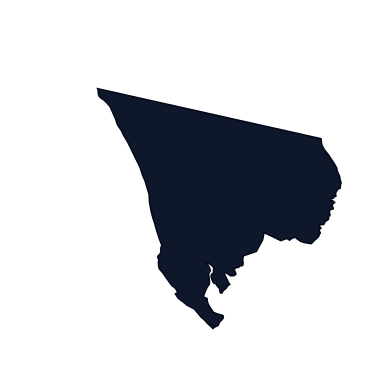 Ngerdelolk, Palau, rotated 119°
{"feature_id": "81905179B51546394317477", "entity_name": "Ngerdelolk", "entity_type": "district", "adm_level": 2, "iso_a3": "PLW", "parent_name": "Palau", "parent_adm1": "", "projection": "equal_earth", "projection_center": [134.259, 7.007], "detail": "fine", "context": "isolated", "style": "filled", "palette": "ink", "viewbox_px": 384, "rotation_deg": 119, "n_neighbors": 0, "source": "geoboundaries", "source_scale": "gbopen_adm2", "svg_char_len": 2587}
<svg xmlns="http://www.w3.org/2000/svg" viewBox="0 0 384 384"><g transform="rotate(119 192 192)"><path d="M147.4,324.7L148.0,323.9L151.9,321.2L153.2,319.8L154.0,317.1L154.3,313.4L155.3,309.9L157.1,304.9L164.6,295.1L165.5,293.9L169.0,290.2L169.9,288.8L172.4,283.7L175.3,279.7L176.3,278.0L179.4,272.7L181.0,270.3L195.5,249.6L201.7,242.9L205.0,238.5L211.0,232.4L214.8,228.5L217.6,226.7L221.9,224.0L228.9,218.2L233.5,213.8L237.6,209.4L242.7,204.4L249.2,197.4L253.3,192.5L255.9,192.2L259.1,190.4L261.8,189.9L264.3,190.7L265.9,190.3L266.5,189.1L268.2,187.8L269.9,187.3L271.0,186.5L272.8,185.4L273.9,184.4L275.1,183.2L276.0,180.8L277.3,177.3L279.5,173.1L282.0,167.8L283.7,163.9L284.0,160.9L285.2,158.0L286.8,155.7L289.1,157.2L290.5,154.7L291.5,152.6L292.1,149.7L292.5,146.2L293.4,141.3L293.2,136.1L293.2,133.1L295.1,128.3L297.0,123.4L297.9,119.2L299.4,114.8L300.5,110.2L301.2,107.4L299.5,106.9L296.2,104.5L291.9,104.7L289.9,104.0L287.8,103.6L286.5,103.8L285.0,105.0L286.4,111.5L286.7,113.5L286.7,115.2L284.7,119.3L283.0,122.3L281.9,123.8L280.3,125.5L277.8,127.2L278.3,130.6L276.8,131.6L271.9,132.3L267.8,132.6L264.2,132.1L261.5,133.5L256.0,137.4L254.7,137.9L252.1,137.7L249.7,139.9L247.2,144.5L246.4,142.7L246.5,141.1L246.9,138.1L247.8,136.2L250.1,135.3L252.3,134.0L254.5,135.0L256.8,134.3L259.3,131.7L261.0,129.2L260.9,126.0L261.8,124.8L263.0,121.4L266.5,118.4L265.9,116.8L262.7,116.8L261.3,116.0L259.6,115.5L257.1,115.3L254.5,114.2L253.5,116.1L251.5,118.9L248.5,123.3L246.8,124.2L246.1,122.8L246.6,117.9L246.0,116.6L244.8,114.7L242.5,113.7L239.0,117.8L237.1,116.9L235.3,114.7L233.2,114.3L232.5,112.6L231.0,112.1L228.7,113.2L227.7,114.2L227.7,114.3L223.0,116.2L212.8,106.9L199.6,107.0L192.6,109.3L191.9,99.1L191.5,90.7L186.9,86.8L186.7,85.5L186.8,83.3L183.5,81.8L181.3,79.2L182.0,78.0L182.5,72.7L181.6,68.8L179.5,62.8L177.5,62.1L174.4,61.3L171.8,60.3L169.7,59.8L168.4,59.7L167.7,60.5L166.7,60.0L165.7,59.8L164.9,60.8L164.2,62.0L163.1,62.4L162.3,62.1L161.1,61.8L160.3,63.7L159.2,64.2L158.0,63.8L157.7,62.6L156.5,61.1L155.3,60.9L154.0,61.3L152.9,61.0L151.8,60.4L150.6,59.8L149.9,59.3L148.3,59.9L147.5,61.1L146.9,61.0L146.1,59.9L144.8,60.4L142.8,62.4L140.8,62.4L139.4,61.7L138.3,60.3L137.4,60.8L136.4,62.8L133.5,63.0L132.1,62.1L131.3,65.3L132.9,66.4L131.5,66.9L130.1,67.3L129.0,65.4L127.5,65.3L125.8,64.1L123.7,65.7L122.7,65.9L121.1,65.9L119.0,65.8L116.6,64.2L115.0,65.2L111.6,66.1L109.3,68.4L106.5,70.8L104.0,74.2L102.6,75.8L100.9,77.0L98.2,81.3L95.2,87.1L93.3,90.6L91.0,96.4L89.6,98.7L88.1,100.9L86.6,102.3L82.8,105.0L147.4,324.7Z" fill="#0f172a" stroke="#020617" stroke-width="1.5"/></g></svg>